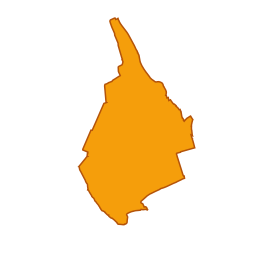 the district of Beek, Limburg, Netherlands, rotated 124°
{"feature_id": "6326949B12958717233979", "entity_name": "Beek", "entity_type": "district", "adm_level": 2, "iso_a3": "NLD", "parent_name": "Netherlands", "parent_adm1": "Limburg", "projection": "albers", "projection_center": [5.806, 50.927], "detail": "fine", "context": "isolated", "style": "filled", "palette": "amber", "viewbox_px": 256, "rotation_deg": 124, "n_neighbors": 0, "source": "geoboundaries", "source_scale": "gbopen_adm2", "svg_char_len": 5238}
<svg xmlns="http://www.w3.org/2000/svg" viewBox="0 0 256 256"><g transform="rotate(124 128 128)"><path d="M72.3,123.4L72.1,123.8L71.8,124.5L71.7,124.7L71.7,125.6L71.8,126.4L71.9,127.0L72.3,128.1L72.6,128.7L73.0,129.2L73.3,129.6L73.7,129.9L74.1,130.5L74.4,131.0L74.5,131.4L74.5,132.1L74.4,133.3L74.4,133.9L74.4,135.4L74.2,136.6L74.1,137.2L74.1,137.5L73.9,137.9L73.6,138.6L72.8,140.8L72.7,141.2L72.1,142.8L72.0,143.3L71.8,143.9L70.8,146.5L70.1,148.2L69.8,148.8L69.2,150.1L68.7,151.2L67.8,152.7L67.1,153.8L66.8,154.3L66.2,155.0L66.0,155.3L61.8,159.4L61.5,159.7L60.4,161.7L60.2,161.8L60.3,162.2L60.1,162.3L59.9,162.5L59.4,163.0L59.3,163.3L59.0,163.7L58.5,164.9L58.2,165.5L56.6,168.1L55.8,169.5L55.2,170.7L50.3,180.1L49.6,181.7L49.1,183.0L48.9,183.6L46.5,190.7L46.2,191.4L45.9,192.3L45.5,193.1L45.0,194.2L44.6,194.8L43.9,195.9L43.8,196.1L43.8,196.3L43.4,196.8L42.7,197.6L43.0,197.8L43.4,197.6L43.6,197.9L43.7,198.0L44.9,198.9L44.2,199.8L44.1,200.1L44.1,200.3L44.3,200.5L45.0,201.0L48.1,202.9L48.5,203.0L48.8,203.0L49.3,202.8L49.6,202.7L51.0,201.1L51.7,200.1L52.7,198.8L53.6,197.5L56.9,192.3L57.2,192.0L57.4,191.7L58.3,191.1L58.7,190.6L63.0,184.0L63.4,183.5L64.8,182.5L65.1,182.2L65.4,181.9L73.2,172.5L73.6,172.0L73.9,171.4L74.0,171.2L74.6,171.3L74.8,171.1L74.8,170.9L75.6,169.6L75.7,169.4L76.0,169.2L76.4,169.0L78.2,168.4L78.7,168.3L78.9,168.3L79.2,168.4L81.8,169.9L82.2,170.1L82.6,170.2L82.8,170.2L83.2,170.0L86.3,167.7L86.6,167.4L86.8,167.1L88.9,163.7L90.5,164.5L95.4,166.6L95.5,166.7L96.9,167.3L98.4,167.4L100.8,169.1L101.0,169.3L102.8,170.1L103.5,170.5L104.0,170.9L104.5,171.4L105.4,171.3L106.0,171.0L106.6,170.6L109.0,168.6L118.3,161.1L118.5,160.9L118.8,160.6L118.8,160.0L121.1,161.7L139.4,158.3L149.9,156.4L150.2,156.9L150.4,157.3L150.5,157.5L170.9,153.6L171.5,153.1L170.4,147.8L171.7,147.1L171.8,147.4L174.0,146.3L174.1,145.6L174.3,145.8L174.8,146.1L175.1,146.1L176.1,146.2L177.3,146.2L177.7,146.3L177.8,146.3L185.6,147.0L187.5,147.2L187.4,146.9L189.5,144.8L189.6,144.6L189.9,144.2L190.4,143.1L194.2,136.1L194.7,135.2L194.9,134.6L195.6,133.8L195.7,133.6L195.9,133.3L196.3,132.7L196.7,131.8L196.9,131.5L197.1,130.8L197.1,130.6L197.6,129.9L198.0,129.6L199.3,128.6L200.5,127.4L201.9,126.8L201.6,126.2L203.0,123.6L204.0,121.3L204.1,121.1L204.3,120.6L204.6,120.2L205.0,119.6L205.1,119.0L205.3,118.5L205.3,117.7L205.4,117.1L205.8,116.3L206.6,115.2L207.0,114.5L207.0,114.4L207.1,113.9L207.1,113.5L207.2,113.1L207.4,112.8L207.6,112.3L207.7,111.9L208.2,110.2L208.5,109.3L209.0,108.3L209.4,107.2L209.6,107.0L209.7,106.8L209.9,106.5L210.0,106.2L210.1,105.8L210.2,105.6L210.6,104.9L211.0,103.7L211.1,103.4L211.0,103.0L210.9,102.6L210.7,102.1L210.7,101.6L210.6,101.0L210.6,100.8L210.7,100.2L210.7,99.8L210.9,99.8L211.4,97.1L211.5,96.1L211.2,95.6L211.3,95.6L211.2,95.4L211.3,95.1L211.5,94.9L211.8,94.6L211.9,94.4L212.0,93.2L212.1,91.5L212.0,91.3L211.7,90.9L211.7,90.7L211.8,89.4L211.9,88.8L211.9,87.9L212.3,86.1L212.4,85.3L212.5,84.8L212.5,84.5L212.6,84.3L212.6,84.2L212.8,84.1L212.9,83.9L213.0,83.5L213.1,83.2L213.2,82.8L213.3,82.5L212.7,81.3L212.5,81.1L212.3,80.7L211.3,78.8L211.0,78.2L210.8,77.8L210.6,77.6L210.3,77.2L209.9,76.9L209.0,76.4L209.0,76.5L208.9,76.4L208.3,76.1L208.1,76.0L207.9,75.9L207.7,75.9L207.1,75.9L206.4,76.2L205.3,76.9L202.0,78.5L201.7,78.9L201.4,79.3L201.3,79.6L201.0,80.3L200.9,80.4L200.6,80.7L200.3,80.8L199.8,80.8L199.5,80.8L198.9,80.5L197.6,79.8L196.2,78.9L195.4,78.3L193.7,76.8L192.7,75.9L192.3,75.5L191.8,74.9L189.5,72.1L189.1,71.7L188.9,71.6L188.6,71.6L188.3,71.7L188.2,71.7L188.1,71.4L187.9,71.1L187.6,70.4L187.4,70.0L187.2,69.8L186.9,69.5L186.9,69.3L186.3,68.7L185.7,68.0L185.5,67.7L185.4,67.2L185.2,66.2L184.7,66.1L184.4,66.8L184.2,67.1L184.0,67.4L183.6,68.0L183.5,68.5L183.4,68.8L183.5,69.0L183.6,69.4L183.6,69.6L183.8,69.8L184.2,70.2L184.3,70.2L184.4,70.3L184.5,70.5L184.4,70.6L184.1,70.9L183.7,71.4L182.9,72.9L182.5,73.6L182.7,74.2L182.8,74.3L182.8,74.6L182.7,75.6L181.4,76.2L178.5,75.4L174.8,74.5L173.9,74.3L172.3,73.7L170.9,73.1L169.9,72.6L169.5,72.3L167.9,71.4L165.1,69.8L161.7,67.7L160.7,67.2L160.3,67.2L160.1,67.1L157.5,65.0L155.6,63.7L154.5,63.0L148.5,59.4L146.1,57.8L144.9,57.2L143.7,56.5L140.3,54.5L139.9,54.4L139.0,53.7L138.1,53.0L136.5,54.5L136.8,54.7L136.3,55.8L136.3,56.0L136.0,56.3L135.9,56.5L135.5,57.0L134.7,58.0L123.8,71.7L123.6,71.9L123.3,72.2L123.1,72.4L123.0,72.6L122.7,73.0L122.1,73.5L121.7,73.5L118.7,70.9L118.2,71.0L107.1,61.6L106.2,62.7L105.6,63.3L105.5,63.5L105.1,63.9L105.0,64.0L103.0,66.3L101.1,68.6L100.9,68.6L100.9,68.8L99.4,70.8L98.9,71.3L98.5,71.8L98.3,70.3L97.7,71.0L97.0,71.6L94.1,74.0L93.9,74.4L92.8,75.2L91.5,76.1L91.1,76.3L91.2,76.5L89.5,77.3L88.0,77.9L87.3,78.2L87.0,78.3L85.8,78.7L84.7,79.0L84.5,79.8L83.2,82.6L83.5,82.7L83.4,83.0L87.3,84.7L91.0,85.2L90.6,86.3L90.1,86.2L89.2,88.3L89.4,88.4L88.2,90.0L84.9,93.1L85.1,93.2L83.5,95.2L84.2,95.8L83.4,98.0L83.3,98.3L83.3,98.7L83.0,100.6L82.6,100.6L82.3,103.0L82.6,103.2L82.5,104.2L82.4,104.7L81.4,107.4L80.9,108.6L82.4,109.5L80.2,111.7L81.3,112.5L79.6,114.5L79.8,115.0L78.9,115.2L78.4,115.4L78.0,115.6L77.4,115.9L76.5,116.6L76.0,117.3L75.7,117.6L75.4,118.1L74.4,120.1L74.1,120.6L73.8,121.3L73.7,121.3L73.6,121.5L73.6,121.8L73.3,122.2L73.2,122.3L73.0,122.6L72.3,123.4Z" fill="#f59e0b" stroke="#b45309" stroke-width="1.5"/></g></svg>